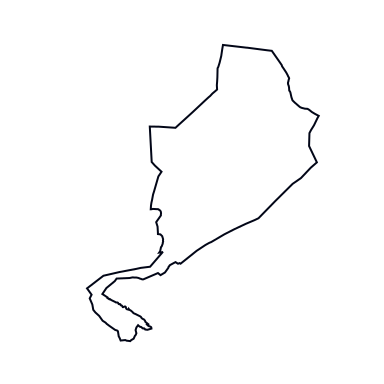 the district of Mitontic, Chiapas, Mexico, rotated 311°
{"feature_id": "50627088B9459318195233", "entity_name": "Mitontic", "entity_type": "district", "adm_level": 2, "iso_a3": "MEX", "parent_name": "Mexico", "parent_adm1": "Chiapas", "projection": "natural_earth1", "projection_center": [-92.592, 16.876], "detail": "fine", "context": "isolated", "style": "outline", "palette": "ink", "viewbox_px": 384, "rotation_deg": 311, "n_neighbors": 0, "source": "geoboundaries", "source_scale": "gbopen_adm2", "svg_char_len": 3723}
<svg xmlns="http://www.w3.org/2000/svg" viewBox="0 0 384 384"><g transform="rotate(311 192 192)"><path d="M41.7,190.6L38.3,194.8L37.7,198.1L37.6,203.2L36.2,209.0L36.7,212.5L36.5,214.3L36.6,214.8L36.7,216.7L36.9,218.8L37.5,224.5L38.3,226.3L38.4,226.9L38.1,227.7L34.9,231.5L34.6,232.6L33.1,235.6L36.5,238.8L36.9,240.2L38.2,242.1L38.9,243.2L40.4,243.3L43.0,244.2L45.9,243.3L47.1,243.3L48.9,242.7L50.8,240.0L53.3,238.9L56.1,238.7L56.1,238.9L56.0,239.6L56.2,241.3L56.7,242.0L56.8,242.7L56.7,244.1L57.0,244.8L57.6,245.1L57.7,246.1L57.5,246.9L58.8,248.8L62.3,251.0L63.1,250.1L63.2,249.4L63.1,249.1L63.0,248.8L62.9,248.3L62.8,248.0L62.6,247.8L62.5,247.3L62.3,246.6L62.4,246.4L62.5,245.7L62.4,245.3L62.4,243.9L62.9,244.9L63.3,246.0L63.6,246.7L63.5,245.0L63.4,242.1L64.0,241.0L64.2,240.1L64.3,239.6L64.2,239.1L64.0,238.4L63.9,238.0L63.8,237.1L63.9,236.3L64.2,235.5L64.2,234.7L64.0,234.0L63.9,233.6L63.6,232.4L63.0,230.1L62.9,229.5L62.7,229.1L62.6,228.6L62.4,228.2L62.3,227.7L62.2,227.1L62.4,225.9L62.4,224.4L62.4,223.8L62.2,222.8L62.1,222.1L62.1,221.5L62.2,221.1L61.6,221.4L61.5,221.2L60.8,219.7L60.8,219.3L60.9,218.8L61.1,218.4L61.7,217.6L61.8,217.2L61.8,216.8L61.5,216.4L59.8,215.5L59.7,215.3L59.8,215.0L60.2,213.9L60.2,213.6L60.2,213.4L59.9,212.9L59.8,212.7L59.9,212.1L60.2,211.8L60.2,211.3L60.0,210.9L59.5,210.5L59.4,210.3L59.4,209.9L59.8,208.9L59.8,208.6L59.6,208.1L59.2,207.6L58.8,207.2L58.7,206.9L58.6,206.1L57.5,202.0L57.3,200.1L56.8,200.0L56.5,197.7L57.0,197.5L56.2,191.3L63.4,190.4L74.1,192.2L77.2,191.9L86.1,201.3L88.1,202.8L88.8,203.4L89.5,204.5L90.0,205.0L90.6,205.7L91.0,206.2L91.8,207.6L92.2,208.5L92.4,209.3L92.7,210.0L92.9,210.3L93.1,211.0L93.4,211.7L93.9,212.4L94.6,212.8L108.5,219.5L108.6,222.8L113.5,224.4L119.1,223.9L120.3,223.4L121.0,223.5L121.7,223.3L122.2,223.3L122.8,223.5L128.2,225.5L128.7,228.5L130.2,229.3L130.4,230.4L150.7,234.1L160.8,236.9L164.7,238.3L165.8,238.8L166.7,239.3L181.3,244.2L191.5,248.3L203.3,253.5L211.9,257.7L215.8,259.4L239.9,260.8L264.2,262.6L274.0,265.1L288.3,265.7L296.3,266.8L303.5,250.2L313.5,242.0L316.8,241.2L322.4,240.3L330.1,238.2L332.6,237.7L331.6,233.4L331.0,229.9L330.9,226.8L330.7,225.3L330.4,224.4L330.0,223.9L329.6,223.4L329.3,223.0L328.8,222.3L328.5,221.6L327.6,219.9L327.3,219.0L327.0,218.2L326.9,217.0L326.9,215.7L326.9,210.9L327.1,207.7L328.8,204.8L331.7,200.9L332.2,199.8L332.3,198.9L332.9,198.3L333.5,197.7L334.6,196.6L335.5,195.4L335.8,195.0L336.1,194.2L336.3,193.9L336.8,193.5L336.9,193.2L337.5,192.7L337.9,192.5L338.1,192.4L338.4,192.4L338.6,192.3L338.9,192.0L339.7,191.6L340.6,191.1L340.8,191.1L341.6,190.7L341.9,190.0L342.1,189.6L342.2,189.2L342.3,188.8L342.5,188.4L342.9,187.6L344.0,184.7L345.4,179.7L345.7,178.5L346.0,177.4L346.6,176.6L347.4,173.6L350.9,159.6L348.3,155.8L337.0,138.8L336.8,138.6L323.3,118.9L319.2,121.4L313.9,124.8L307.7,128.0L303.6,129.8L302.2,130.1L300.5,131.5L299.9,132.0L295.2,135.9L291.6,138.7L289.0,140.6L285.8,143.7L283.5,143.4L279.7,142.8L276.3,142.7L274.6,142.4L270.2,141.9L252.7,140.1L246.7,139.4L235.0,138.0L229.6,137.4L219.6,124.2L213.7,117.2L188.2,141.9L187.6,146.6L187.3,155.7L181.7,156.4L167.7,162.9L164.5,164.3L160.1,166.9L157.3,168.4L154.8,170.0L151.9,172.2L152.6,172.9L153.5,173.5L156.2,177.0L156.7,177.5L157.0,178.3L156.9,178.8L157.1,179.7L157.0,180.6L156.6,181.5L155.9,182.3L155.4,182.8L154.8,183.1L153.9,183.9L146.1,184.7L145.9,184.7L145.7,184.8L143.3,188.7L139.3,192.6L137.9,193.9L139.3,196.0L139.1,198.5L137.4,201.2L136.2,202.0L135.6,202.8L134.7,203.1L133.8,203.8L131.0,204.8L130.0,204.8L127.0,206.5L126.4,206.8L124.7,207.0L126.9,208.9L127.8,209.3L108.1,209.4L101.1,203.1L97.3,200.3L83.9,189.7L81.0,187.6L70.7,180.1L50.4,176.0L48.6,183.6L44.6,184.6L41.7,190.6Z" fill="none" stroke="#020617" stroke-width="2"/></g></svg>